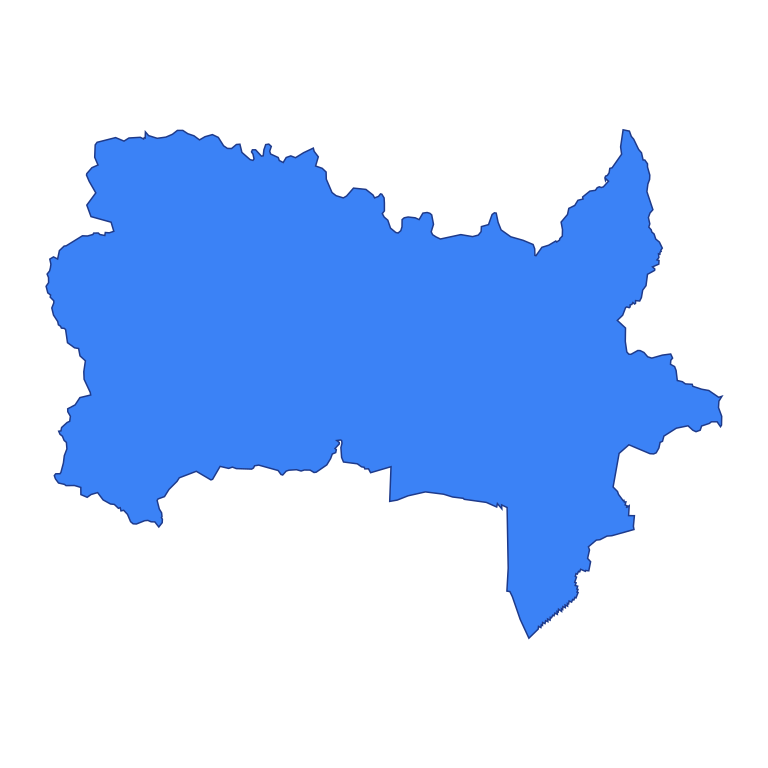 Tasquillo, Hidalgo, Mexico (Robinson projection)
{"feature_id": "50627088B25461945792705", "entity_name": "Tasquillo", "entity_type": "district", "adm_level": 2, "iso_a3": "MEX", "parent_name": "Mexico", "parent_adm1": "Hidalgo", "projection": "robinson", "projection_center": [-99.367, 20.531], "detail": "fine", "context": "isolated", "style": "filled", "palette": "blue", "viewbox_px": 768, "rotation_deg": 0, "n_neighbors": 0, "source": "geoboundaries", "source_scale": "gbopen_adm2", "svg_char_len": 6049}
<svg xmlns="http://www.w3.org/2000/svg" viewBox="0 0 768 768"><path d="M596.3,540.1L600.0,539.7L607.0,536.1L611.9,535.7L634.0,529.5L633.4,526.3L634.4,515.7L628.6,515.6L629.2,505.7L626.3,507.7L627.2,505.9L625.1,504.9L625.9,501.9L624.3,502.0L623.9,500.3L623.1,500.6L618.5,494.4L617.5,491.5L613.1,487.0L619.1,453.4L628.9,444.8L650.0,453.7L653.7,453.9L656.2,452.8L658.9,448.0L660.1,442.4L662.5,441.3L663.9,436.1L676.3,428.2L688.0,425.8L692.8,430.2L696.0,431.7L700.2,430.2L701.6,426.0L709.4,423.4L711.4,421.8L717.1,421.8L720.5,426.7L721.5,425.1L721.7,416.3L718.5,407.6L718.9,401.2L721.9,396.3L718.7,397.3L708.8,390.5L701.6,389.2L692.8,386.3L692.2,384.3L685.4,383.9L682.4,381.7L677.3,380.5L676.1,370.5L674.6,366.6L670.5,364.3L670.8,360.3L672.6,358.1L670.7,354.0L662.4,355.1L651.8,358.1L647.7,356.8L644.0,352.5L640.2,350.6L637.8,350.5L631.0,354.3L628.8,354.2L626.8,351.9L625.3,341.5L625.5,328.0L617.3,320.4L622.7,315.2L625.6,307.6L626.8,306.9L629.2,307.7L630.1,306.9L630.1,304.9L631.8,304.5L632.9,302.5L634.6,304.0L635.5,303.4L635.6,300.6L639.7,301.0L641.4,297.6L642.7,290.1L646.0,285.7L647.5,274.3L654.6,270.4L654.8,269.0L652.5,266.9L658.8,264.1L659.0,260.5L657.0,259.9L658.9,257.6L658.5,253.8L659.9,254.2L660.0,252.2L661.2,251.4L660.8,250.3L662.3,248.1L659.4,242.1L655.7,239.0L654.1,234.0L651.8,232.0L651.2,229.8L648.8,227.1L649.8,223.9L648.4,217.5L650.0,213.0L652.9,209.7L646.9,191.6L647.9,184.0L649.6,179.4L649.8,175.1L647.5,167.0L647.5,163.8L644.8,160.0L643.1,160.0L641.5,152.8L638.6,149.4L633.7,139.2L631.3,136.4L629.4,131.1L623.1,129.8L620.6,146.9L621.6,154.2L612.1,167.8L609.8,168.4L609.1,172.8L607.4,175.4L605.6,176.1L604.9,177.9L605.5,180.6L606.2,179.1L608.5,181.2L603.3,186.9L601.3,187.5L599.3,186.8L597.2,187.7L595.4,190.3L589.9,191.1L582.6,197.0L583.0,199.0L577.9,200.3L574.8,205.4L568.8,208.4L567.5,214.5L561.1,222.1L562.5,229.6L562.3,236.1L559.9,238.5L559.5,240.1L556.7,242.0L555.8,241.0L548.7,245.2L541.9,247.3L536.0,255.7L534.9,255.4L534.7,248.8L533.1,244.5L523.1,240.3L510.8,236.8L501.1,229.9L498.1,222.3L496.2,213.1L494.4,212.8L492.1,214.5L488.5,224.6L481.4,226.6L481.1,231.6L478.3,235.1L472.6,236.6L460.8,234.6L440.4,239.0L436.0,236.9L432.6,234.7L431.2,231.8L433.5,224.3L431.7,214.9L429.9,213.3L427.1,212.5L422.9,213.1L419.1,219.6L415.2,217.8L408.1,217.0L404.2,217.8L402.1,219.6L402.0,226.8L400.8,230.7L398.1,233.0L395.8,232.5L390.5,228.1L387.8,220.2L384.2,217.1L382.3,213.6L384.4,210.9L384.4,203.0L384.1,197.9L381.8,194.2L380.5,193.9L378.5,196.4L374.6,197.9L373.0,195.0L365.9,189.4L353.5,188.1L346.6,196.0L343.3,197.9L336.1,195.7L332.0,192.5L326.3,179.2L326.1,172.0L322.2,168.3L315.6,166.0L318.3,156.8L314.2,151.4L313.3,148.1L303.6,152.7L295.5,157.7L290.8,155.9L286.2,157.5L283.2,162.5L279.3,160.5L278.2,157.5L270.6,154.0L269.7,151.2L271.3,146.4L268.8,144.1L265.7,144.6L263.9,149.8L263.2,155.8L261.4,156.1L255.6,149.8L252.4,149.8L251.5,151.9L253.0,154.2L254.0,158.9L252.9,160.4L250.1,159.6L241.9,152.4L239.9,144.2L236.4,144.5L231.6,148.5L227.4,148.4L223.6,145.8L218.3,137.4L212.4,134.6L205.0,136.7L199.5,139.9L194.0,135.8L187.8,133.7L182.8,130.4L177.4,130.4L172.4,134.3L165.9,137.1L157.2,138.3L148.6,135.6L145.4,131.9L145.2,138.0L144.2,137.7L143.6,139.0L140.3,137.3L128.9,138.0L124.0,141.1L115.6,137.6L97.1,142.3L95.2,144.9L94.7,157.3L98.0,165.0L91.9,167.7L86.8,173.6L86.5,175.1L89.2,181.4L95.8,192.9L86.8,205.1L91.0,216.6L111.1,222.2L113.8,231.3L109.3,232.8L105.3,232.5L104.8,235.5L99.8,234.5L98.3,233.0L93.7,233.1L92.9,234.5L87.4,236.0L82.4,235.8L66.2,245.8L64.1,246.1L59.4,250.6L57.6,259.0L53.5,256.9L49.8,259.1L50.9,264.2L50.4,267.8L49.6,270.9L47.1,274.1L48.5,277.5L48.6,282.6L46.1,286.3L47.8,292.9L50.6,295.0L50.2,297.2L53.8,300.8L53.8,302.9L51.8,308.0L53.5,315.1L57.7,321.5L58.4,324.8L60.5,326.2L61.4,328.1L64.3,328.4L65.6,329.6L67.5,342.7L74.5,347.8L78.6,348.5L80.0,355.9L85.4,360.8L83.8,371.7L84.1,379.3L90.2,392.3L90.7,395.0L79.9,397.6L75.1,404.9L67.7,408.8L67.8,411.8L70.4,416.3L69.7,421.3L67.1,422.5L61.6,427.5L60.9,430.9L58.7,431.2L60.0,434.3L62.4,436.2L64.1,440.4L66.4,442.4L66.9,448.9L64.3,455.7L63.4,463.0L60.9,472.4L60.0,473.7L55.7,473.8L54.3,475.6L55.4,478.8L58.5,483.0L64.5,484.4L66.0,485.6L74.4,485.5L80.8,487.4L80.9,494.6L87.2,497.3L91.1,494.5L97.6,492.6L103.1,499.9L110.5,504.0L114.3,504.4L118.4,508.3L120.2,507.7L121.0,510.9L123.7,510.3L127.5,514.4L130.6,521.7L133.1,523.8L136.4,524.0L144.7,520.7L147.9,520.4L151.1,521.8L154.8,521.9L158.8,527.0L162.2,522.7L162.4,519.2L161.4,517.6L162.0,516.6L161.6,512.8L159.3,509.0L157.1,500.4L158.1,498.9L164.5,496.6L169.0,489.4L177.0,481.4L179.3,477.8L196.3,471.3L210.9,479.9L212.6,479.3L220.1,466.4L228.7,468.4L232.4,467.1L236.3,468.6L251.7,469.1L253.5,468.0L254.6,465.8L258.7,465.1L278.1,470.5L281.0,474.5L282.7,475.0L286.2,471.1L288.9,470.2L296.5,469.7L301.1,471.0L304.4,470.0L310.1,470.1L314.0,472.5L316.2,472.2L326.8,464.9L330.6,458.6L332.3,454.0L335.7,452.6L336.3,449.7L335.0,448.5L339.4,443.8L339.2,442.4L336.8,440.5L340.5,440.0L341.6,440.5L342.0,443.2L340.9,447.6L341.6,457.4L343.5,462.0L357.3,463.8L361.5,466.8L364.2,467.3L364.8,468.9L368.5,468.8L370.6,472.7L391.0,466.7L389.7,501.4L397.2,500.1L408.1,495.8L425.4,491.9L443.6,494.2L452.6,497.0L463.2,498.3L464.2,499.3L486.3,502.4L496.7,507.0L497.4,503.6L501.8,508.8L501.6,504.9L507.1,507.5L508.2,568.2L506.9,591.1L509.9,591.6L512.4,596.8L520.2,619.4L528.9,638.2L538.2,629.1L538.5,626.4L540.9,627.6L541.3,624.8L542.5,625.4L542.6,622.5L545.0,623.6L545.6,620.7L547.9,621.7L547.6,619.0L550.1,620.2L550.3,617.3L551.5,617.8L552.8,615.2L554.0,615.8L554.9,613.1L557.3,614.3L557.0,611.5L558.2,612.1L558.5,609.2L561.6,611.4L561.5,608.7L562.7,609.5L562.9,606.6L565.3,607.7L565.1,605.0L567.6,606.2L567.4,603.4L568.6,603.9L569.1,601.0L571.6,602.1L572.6,599.5L573.8,600.0L574.9,597.4L576.0,597.9L578.1,592.5L577.0,592.1L578.0,589.4L576.8,589.0L577.7,586.2L575.2,585.5L576.1,582.8L574.7,582.3L576.5,577.1L575.3,576.4L576.0,573.6L577.3,574.1L578.5,571.4L579.7,571.8L580.6,569.3L585.3,571.3L585.6,570.5L588.8,570.8L590.6,561.7L587.6,558.4L589.5,550.0L588.4,546.8L596.3,540.1Z" fill="#3b82f6" stroke="#1e3a8a" stroke-width="1.5"/></svg>